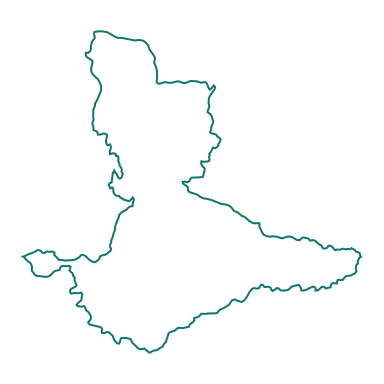 the district of Buenópolis, Minas Gerais, Brazil, rotated 90°
{"feature_id": "56859067B56539099498918", "entity_name": "Buenópolis", "entity_type": "district", "adm_level": 2, "iso_a3": "BRA", "parent_name": "Brazil", "parent_adm1": "Minas Gerais", "projection": "robinson", "projection_center": [-44.044, -17.849], "detail": "fine", "context": "isolated", "style": "outline", "palette": "teal", "viewbox_px": 384, "rotation_deg": 90, "n_neighbors": 0, "source": "geoboundaries", "source_scale": "gbopen_adm2", "svg_char_len": 6012}
<svg xmlns="http://www.w3.org/2000/svg" viewBox="0 0 384 384"><g transform="rotate(90 192 192)"><path d="M256.6,361.0L257.8,359.2L259.6,357.9L261.6,355.8L262.8,353.8L264.9,352.6L266.7,352.0L270.7,352.2L275.0,348.9L275.8,347.3L276.9,337.8L276.4,335.6L275.6,333.8L271.6,330.0L270.8,328.3L269.9,324.2L268.2,324.0L266.5,323.0L265.9,321.4L266.2,317.2L265.8,314.9L267.0,313.4L270.3,314.6L271.8,313.5L272.7,312.0L273.9,311.1L275.7,310.9L277.5,309.3L280.8,309.5L282.3,308.6L285.5,307.5L286.9,308.9L288.6,312.4L290.0,313.9L292.3,313.8L293.6,313.0L292.9,308.3L293.3,305.8L292.7,302.7L294.6,301.7L297.5,302.4L299.7,302.5L301.1,303.5L302.2,305.1L304.7,307.4L306.1,306.5L306.7,302.1L306.0,300.0L308.0,298.7L310.5,297.7L312.1,295.5L314.3,294.1L316.8,293.1L318.9,293.1L322.5,295.9L324.5,294.5L327.1,283.6L328.2,282.3L329.7,281.8L331.2,282.3L333.0,282.0L333.1,279.7L332.1,277.3L332.2,275.3L334.4,272.7L336.3,271.0L338.9,270.3L340.6,269.3L343.3,266.8L343.7,265.2L342.4,264.2L339.1,263.4L337.9,262.4L338.1,257.6L338.5,255.4L339.2,253.4L342.9,251.5L348.5,245.7L349.3,243.9L348.5,239.4L350.3,237.9L351.3,236.1L352.7,234.8L352.0,232.9L351.1,231.5L350.4,229.5L350.3,227.5L348.1,224.2L346.8,221.6L343.4,219.6L342.3,218.2L333.3,215.4L332.3,213.8L331.3,211.6L330.9,209.6L328.0,206.2L327.8,203.6L328.1,201.7L327.9,200.0L326.7,195.1L324.8,194.4L323.4,193.0L322.3,191.1L320.2,189.7L318.2,190.0L317.0,186.1L315.5,184.2L313.7,182.6L314.0,178.7L313.5,176.3L313.3,168.4L312.8,166.5L311.3,165.7L309.9,164.4L308.0,160.1L305.6,156.2L304.1,154.5L300.2,151.9L299.4,149.0L300.6,147.1L302.0,142.2L301.2,140.7L298.6,138.3L295.0,136.0L291.7,134.3L290.4,133.0L288.9,132.0L288.1,129.8L288.6,127.1L288.1,125.1L284.6,122.8L285.1,121.0L287.0,119.6L286.7,115.2L287.9,113.3L289.9,112.7L291.0,111.5L289.3,108.5L287.9,107.0L288.7,104.9L290.3,103.5L290.6,101.4L290.4,97.9L289.9,96.2L288.6,94.2L286.8,92.7L284.8,85.3L288.2,82.9L290.3,82.8L290.6,80.9L289.8,77.5L288.1,74.6L286.5,70.5L287.3,69.1L288.7,68.2L290.5,68.6L290.4,66.8L289.7,65.1L286.8,62.2L286.8,60.0L288.4,58.3L287.3,53.4L285.7,53.3L284.2,52.6L282.8,50.7L283.3,49.1L283.3,47.0L281.3,46.9L279.8,46.1L280.0,43.5L279.9,41.1L278.0,39.9L276.3,38.1L275.7,35.6L275.6,33.1L274.5,31.7L273.8,29.7L272.7,28.5L271.0,27.5L268.7,28.2L266.5,28.1L264.7,27.3L263.5,26.1L261.4,26.3L257.7,24.7L256.9,23.0L255.2,23.9L253.1,24.3L252.0,26.5L251.6,28.2L250.3,28.9L249.2,30.5L248.2,32.7L249.3,34.3L248.9,36.5L249.5,38.4L248.9,40.0L248.7,41.9L249.8,44.2L249.5,47.2L250.2,48.8L249.2,50.1L247.8,50.9L246.7,52.0L245.6,54.2L246.0,55.8L247.8,56.8L248.5,58.9L248.5,60.6L247.3,61.7L245.5,62.7L244.0,65.3L241.1,68.5L240.2,70.2L240.2,72.2L240.7,73.8L239.2,75.1L238.1,76.8L237.4,81.3L240.1,84.3L240.0,87.2L237.3,91.5L236.5,94.3L236.7,96.8L238.4,102.0L236.7,107.0L236.6,108.9L236.2,110.9L236.7,113.7L236.4,116.2L235.9,117.9L235.0,119.9L233.0,121.5L226.3,124.7L224.8,124.5L223.2,124.7L223.3,130.0L222.7,132.0L220.5,135.3L217.1,139.1L215.7,142.3L212.4,146.4L211.0,149.9L207.0,153.0L205.6,155.0L204.7,157.5L204.0,162.5L199.9,172.8L198.8,177.2L198.4,180.3L197.0,183.6L194.6,186.8L192.5,193.4L191.2,195.7L189.5,196.1L187.9,196.1L186.4,196.8L183.6,200.9L182.0,201.5L181.6,199.9L182.2,196.5L181.2,194.7L179.1,193.9L177.7,192.3L177.1,181.3L175.5,180.6L174.0,180.5L170.1,179.3L168.1,179.6L165.5,182.1L163.4,182.9L161.2,182.5L161.9,180.2L161.4,176.5L160.9,174.9L159.5,174.4L157.1,175.0L155.3,174.4L153.7,174.6L151.8,173.1L147.5,170.9L148.3,169.0L147.1,167.2L145.4,165.6L143.5,165.5L141.9,164.0L139.4,163.4L137.6,164.8L136.7,166.6L134.8,167.6L133.8,170.0L133.3,172.7L132.2,174.0L130.0,173.1L126.1,172.4L122.7,170.9L120.9,170.9L116.2,172.4L114.1,173.6L112.2,176.4L110.1,176.1L108.0,175.1L106.1,174.6L104.7,175.1L102.5,175.4L98.7,175.2L96.3,174.3L89.0,169.3L87.1,168.9L85.4,170.1L88.7,172.9L89.6,174.2L88.0,175.4L83.8,176.9L82.2,178.4L82.3,180.8L82.7,183.1L81.3,187.3L81.2,189.2L81.0,193.6L83.0,198.6L83.1,200.5L81.4,205.1L81.3,206.7L82.7,212.1L82.9,214.8L82.1,218.7L83.8,224.7L83.2,226.6L81.7,227.4L76.7,226.9L70.4,227.1L67.1,228.0L62.6,229.9L58.4,229.0L56.8,229.5L55.0,230.6L49.4,234.5L45.4,235.8L43.1,237.6L40.8,240.7L40.3,242.3L40.0,245.8L40.5,249.0L38.0,261.4L37.9,265.8L36.6,269.3L32.2,276.7L31.3,282.2L31.3,284.8L31.9,289.5L33.7,290.1L37.2,289.2L39.0,289.8L40.6,291.3L42.6,292.3L47.0,293.2L49.1,293.2L51.0,293.8L52.9,295.8L52.8,298.2L55.1,298.3L57.0,297.3L60.4,292.0L62.3,291.4L68.2,292.8L71.5,292.7L74.0,291.4L75.7,289.9L78.8,286.5L80.6,285.2L84.8,283.3L86.5,282.9L90.3,283.0L92.0,283.5L99.4,286.6L103.9,289.0L105.5,289.0L109.9,290.7L116.5,290.8L118.5,290.5L120.6,290.7L123.2,291.7L125.0,291.4L126.5,290.6L130.0,290.6L131.1,287.8L132.6,286.3L134.6,286.2L134.6,283.3L133.6,281.2L133.6,279.0L134.7,277.0L136.5,277.1L139.8,277.9L142.0,278.0L144.1,277.3L145.3,276.3L144.4,274.0L146.5,273.1L148.3,273.2L151.5,274.2L154.3,274.0L153.3,271.6L153.7,268.6L156.0,267.9L156.0,266.2L158.0,265.5L161.5,265.7L163.2,264.6L165.5,264.5L167.5,262.9L169.7,262.2L171.6,262.5L173.9,261.2L177.8,262.6L178.7,264.1L177.3,265.9L173.7,267.4L172.7,268.8L170.5,269.8L173.1,271.2L182.5,272.4L183.3,274.4L185.0,275.4L186.7,274.2L188.4,273.7L187.5,271.6L188.7,270.6L191.1,270.7L193.5,270.1L195.2,268.6L195.9,267.0L195.9,264.8L197.7,263.8L198.2,262.1L199.4,260.8L201.3,254.9L198.8,252.2L197.4,251.5L198.5,250.3L200.6,250.3L202.0,251.0L206.1,251.5L206.5,253.8L207.2,255.1L208.4,256.5L209.9,257.7L211.6,261.5L214.7,264.7L218.5,265.7L220.1,266.7L222.2,267.2L223.8,268.1L226.7,268.8L230.8,269.3L233.9,270.6L237.0,271.3L240.5,272.8L242.6,272.7L244.5,273.9L246.7,273.9L248.7,273.0L250.6,273.3L254.6,278.3L255.6,282.7L256.7,284.0L258.9,284.8L260.8,286.7L262.2,289.0L261.7,291.6L260.5,293.6L259.0,295.6L256.5,297.9L255.5,299.5L254.9,301.3L255.3,303.3L256.8,304.1L259.6,308.7L260.3,313.9L260.5,319.5L260.0,321.5L259.9,325.1L256.5,328.1L255.1,329.7L253.1,329.4L251.9,330.4L251.6,332.2L251.9,334.7L251.4,337.5L253.0,339.5L252.8,341.6L251.4,342.6L250.3,344.4L250.1,346.8L251.5,348.5L253.4,352.9L254.0,355.2L255.8,358.6L256.6,361.0Z" fill="none" stroke="#0f766e" stroke-width="2"/></g></svg>